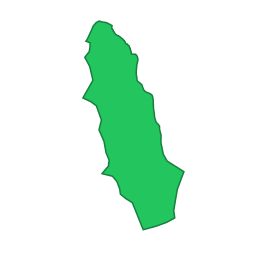 the district of Irepodun, Osun, Nigeria, rotated 134°
{"feature_id": "59680162B77368104900520", "entity_name": "Irepodun", "entity_type": "district", "adm_level": 2, "iso_a3": "NGA", "parent_name": "Nigeria", "parent_adm1": "Osun", "projection": "albers", "projection_center": [4.504, 7.901], "detail": "fine", "context": "isolated", "style": "filled", "palette": "green", "viewbox_px": 256, "rotation_deg": 134, "n_neighbors": 0, "source": "geoboundaries", "source_scale": "gbopen_adm2", "svg_char_len": 1613}
<svg xmlns="http://www.w3.org/2000/svg" viewBox="0 0 256 256"><g transform="rotate(134 128 128)"><path d="M120.6,57.4L124.6,76.8L122.3,84.5L115.6,94.2L110.1,99.3L107.3,104.0L104.8,106.6L104.4,108.7L104.3,111.9L101.6,116.6L99.7,118.7L96.4,123.0L89.8,130.0L88.0,132.7L87.6,134.1L88.0,136.1L89.8,140.5L89.6,143.5L87.3,148.0L87.3,150.0L87.7,153.4L87.4,154.7L86.0,156.1L85.1,157.3L84.2,158.7L81.8,161.2L76.7,165.3L73.4,167.3L71.7,168.5L70.7,170.0L69.9,171.7L69.8,173.1L69.6,173.8L70.3,174.3L71.0,175.3L71.8,176.1L72.0,176.4L72.4,176.8L71.9,177.5L71.5,178.0L70.8,179.0L69.6,181.5L69.2,181.6L69.0,182.7L68.2,184.3L68.1,184.5L68.4,185.5L68.3,185.9L68.3,186.2L68.3,186.5L68.2,186.9L68.2,187.2L68.7,187.6L68.7,188.3L68.6,188.9L68.4,189.4L67.9,190.2L67.9,190.9L67.7,191.3L67.9,191.8L67.6,194.0L67.9,194.9L67.9,196.5L68.2,198.0L68.2,198.7L69.0,200.5L69.2,202.1L69.0,203.4L69.0,204.0L68.6,204.3L68.5,204.6L68.7,205.7L68.3,206.0L68.1,206.3L68.0,206.5L68.0,207.1L67.8,207.3L67.8,207.7L67.6,208.3L66.9,209.7L66.1,210.1L65.4,210.7L67.1,216.6L69.8,220.5L71.2,223.2L71.8,223.2L72.7,223.5L74.1,224.1L76.7,224.0L79.1,223.8L81.9,222.6L89.7,219.9L92.7,218.9L94.8,218.6L93.1,214.5L95.6,212.0L100.1,208.9L107.1,208.2L110.3,198.4L118.0,186.4L137.7,181.3L134.9,173.0L134.1,167.0L133.9,166.4L140.7,152.7L149.6,147.5L150.4,145.3L154.4,135.8L161.0,126.7L164.3,119.1L167.6,116.9L168.6,115.7L178.9,115.0L173.5,105.7L174.2,98.8L177.6,91.6L180.9,87.5L180.3,80.5L178.7,73.0L190.6,46.4L178.8,39.4L168.6,34.5L160.2,31.9L155.8,37.6L146.9,43.8L137.7,50.0L130.4,53.2L125.3,55.4L120.6,57.4Z" fill="#22c55e" stroke="#15803d" stroke-width="1.5"/></g></svg>